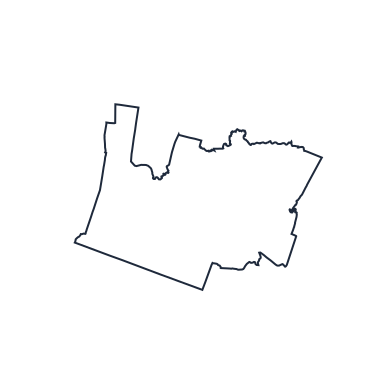 Crevedia Mare, Giurgiu, Romania (orthographic projection), rotated 142°
{"feature_id": "2599482B65943054980402", "entity_name": "Crevedia Mare", "entity_type": "district", "adm_level": 2, "iso_a3": "ROU", "parent_name": "Romania", "parent_adm1": "Giurgiu", "projection": "orthographic", "projection_center": [25.603, 44.429], "detail": "fine", "context": "isolated", "style": "outline", "palette": "slate", "viewbox_px": 384, "rotation_deg": 142, "n_neighbors": 0, "source": "geoboundaries", "source_scale": "gbopen_adm2", "svg_char_len": 5898}
<svg xmlns="http://www.w3.org/2000/svg" viewBox="0 0 384 384"><g transform="rotate(142 192 192)"><path d="M315.5,224.3L303.7,205.1L296.1,192.7L288.8,181.1L267.2,145.7L244.1,108.5L237.0,112.8L221.5,122.5L219.5,123.5L219.1,122.7L218.4,122.1L216.7,120.2L216.4,119.5L216.3,119.1L216.4,118.7L216.4,118.3L215.5,117.0L215.5,116.6L215.6,115.2L216.2,114.5L216.1,114.3L210.1,109.1L209.1,108.2L208.2,107.3L207.4,107.0L206.1,105.6L204.3,103.8L203.8,102.8L203.3,102.2L200.3,100.1L199.0,99.7L197.2,100.2L196.5,100.6L195.7,100.9L193.1,101.6L189.9,101.6L189.6,101.3L189.3,100.1L188.8,99.6L187.5,98.9L186.3,98.8L185.7,98.2L185.6,97.9L185.7,97.6L186.2,96.5L186.3,96.0L186.0,94.7L184.7,93.5L184.3,94.4L183.9,95.4L183.6,95.9L182.7,96.3L181.8,96.5L181.0,97.0L180.5,97.6L179.0,97.6L178.5,97.8L178.0,98.3L177.5,99.3L176.4,102.8L175.5,102.3L175.4,102.2L174.2,98.0L173.5,94.5L172.2,89.8L170.9,83.8L170.4,82.1L169.9,81.3L168.7,80.4L165.7,79.7L165.0,79.4L164.9,79.1L164.9,78.4L164.7,77.6L164.7,76.0L164.4,75.7L163.7,75.7L162.4,76.1L161.7,76.5L137.1,93.0L137.1,93.4L137.3,93.8L139.4,97.7L135.8,99.8L133.3,101.5L132.9,101.6L132.6,102.0L130.0,103.9L129.8,104.3L125.0,108.0L123.3,109.7L123.2,110.1L123.0,110.4L122.2,111.2L122.2,111.5L122.3,111.8L123.1,112.4L123.1,112.5L122.4,112.8L122.2,113.2L121.9,113.6L121.1,114.2L120.9,114.7L121.0,115.2L121.4,115.4L121.9,116.0L122.1,116.2L122.5,116.3L122.7,116.2L122.7,115.3L123.1,114.8L123.4,114.7L123.6,114.5L124.2,114.4L124.6,114.7L124.8,114.8L125.6,114.2L125.8,114.2L126.6,115.2L126.7,115.8L126.6,116.5L126.1,117.9L125.8,118.1L125.6,118.1L125.6,117.6L125.5,117.4L125.0,116.4L124.7,116.1L123.7,116.5L122.3,117.1L119.0,118.0L118.2,118.1L118.2,118.3L117.9,118.7L117.9,118.9L117.5,118.1L115.9,119.1L115.6,119.5L115.4,120.4L114.9,120.7L114.6,120.7L113.8,120.4L113.5,120.4L112.3,120.8L111.2,121.0L109.2,121.8L108.5,122.0L107.8,122.0L106.7,122.3L99.6,125.6L98.0,126.2L97.0,126.8L96.1,127.2L75.2,136.3L68.5,139.2L76.4,152.9L77.4,154.5L78.2,155.3L77.9,155.7L77.8,156.5L76.9,157.9L77.0,159.2L77.8,160.0L78.2,160.1L78.9,160.7L80.8,161.5L80.8,161.8L81.0,161.9L80.3,162.5L81.8,164.0L82.6,165.0L84.6,166.5L84.4,167.8L84.2,168.4L83.9,168.9L82.9,170.0L82.7,170.5L84.1,170.1L84.6,170.4L84.9,171.1L85.1,171.0L85.5,171.3L86.5,171.2L87.1,171.0L87.8,171.0L88.6,171.3L88.8,171.6L89.1,173.3L89.5,173.9L90.5,174.6L92.2,175.1L93.1,175.6L94.7,177.0L94.9,177.5L95.1,178.8L95.3,179.2L95.7,179.7L96.4,180.2L98.6,180.5L99.0,180.8L99.3,181.6L99.2,182.4L99.2,183.2L98.9,183.6L99.0,183.9L100.4,184.2L101.5,184.2L102.6,184.7L103.6,184.8L104.1,185.2L104.2,185.4L104.7,185.8L105.3,187.2L106.3,187.8L107.3,188.1L107.9,188.5L108.3,188.3L108.5,188.4L108.7,188.6L108.7,188.9L109.4,189.4L110.5,190.9L113.6,191.6L113.8,191.7L114.1,192.5L115.3,193.1L116.4,192.8L116.8,192.9L116.9,193.0L117.1,193.5L117.0,194.1L117.3,194.6L117.1,195.3L117.3,196.8L117.0,197.4L117.4,199.2L117.3,199.9L117.9,200.7L118.0,201.2L118.2,201.7L118.0,202.9L117.6,203.4L116.8,204.2L116.4,204.2L116.0,203.7L115.7,203.6L115.5,204.0L115.5,204.6L115.3,204.7L115.0,204.7L114.5,204.5L114.3,204.6L113.4,205.5L113.2,206.1L113.0,206.6L113.4,207.3L112.9,207.6L112.7,207.8L113.9,209.3L114.4,209.5L115.4,209.3L115.6,209.3L115.7,209.7L115.8,210.4L116.0,210.6L116.3,210.7L117.0,210.7L117.1,210.8L117.2,211.1L117.0,212.2L117.5,212.7L117.6,213.5L118.3,213.7L119.6,213.1L120.5,212.5L120.9,213.5L121.7,213.6L122.5,214.0L122.6,214.6L122.6,214.8L123.3,215.0L123.5,215.0L123.9,214.6L124.4,214.7L124.7,214.6L125.0,214.1L124.9,213.3L125.8,213.1L126.7,212.8L126.8,212.6L126.8,212.2L127.3,212.2L127.3,212.5L127.5,212.7L128.0,212.8L128.8,212.0L130.1,210.2L130.6,209.6L130.7,209.4L130.5,208.9L130.7,208.6L132.4,206.8L132.4,206.7L132.2,206.6L132.0,206.0L132.1,205.6L132.4,205.4L133.4,205.5L135.1,205.9L135.5,206.1L135.8,206.7L135.9,207.2L136.2,207.7L136.1,208.2L135.6,208.6L135.6,209.0L135.9,209.6L136.8,210.0L137.1,210.1L137.7,209.9L139.5,208.8L140.1,208.1L140.3,207.7L140.5,207.1L141.2,207.3L148.1,212.6L148.8,211.4L148.9,211.0L149.3,211.9L150.2,213.1L150.6,213.0L151.0,213.1L151.0,212.4L152.1,212.6L152.8,213.2L153.3,213.3L153.2,213.7L153.3,214.1L154.0,214.1L154.1,214.6L154.4,214.7L155.3,215.4L155.6,216.5L155.7,217.4L155.9,218.1L155.9,218.9L157.1,219.7L157.1,219.9L157.2,220.6L157.3,220.8L158.0,221.4L158.1,221.7L157.9,222.0L157.5,222.2L158.0,223.0L157.0,223.9L153.8,226.2L153.0,226.8L157.0,232.2L160.4,236.2L166.7,244.4L167.2,245.1L167.0,245.6L174.3,241.9L176.2,240.7L183.3,235.7L193.1,227.7L193.8,227.5L195.9,227.8L196.3,227.6L196.6,227.1L197.4,224.5L197.4,224.3L197.4,223.4L198.3,223.0L198.5,222.5L198.4,222.1L198.5,221.8L198.8,221.7L199.1,221.7L199.4,222.1L199.3,222.7L199.4,222.8L200.5,223.0L201.6,222.9L201.9,222.3L202.2,222.1L202.5,222.1L202.9,222.2L203.1,222.5L203.1,223.0L202.9,223.7L203.0,223.9L203.3,224.0L203.5,223.9L203.7,223.3L204.5,222.6L205.1,222.7L206.5,223.1L206.9,222.7L206.9,221.7L207.1,221.5L208.4,221.4L209.2,221.4L210.0,222.1L210.3,222.4L210.3,222.7L210.1,223.6L210.4,224.3L210.3,224.8L210.5,225.1L210.7,225.4L211.8,225.8L212.1,225.7L212.9,225.2L213.2,225.1L213.5,225.3L214.2,225.9L214.3,226.6L214.2,227.0L213.9,227.3L213.0,227.8L212.8,228.1L212.1,230.7L211.2,231.9L210.7,233.3L210.0,234.9L209.8,236.2L210.4,239.6L211.6,241.6L215.4,244.7L219.8,246.6L220.9,248.0L221.3,253.6L216.2,259.2L213.4,261.8L205.0,270.0L198.5,276.0L197.4,277.1L193.5,280.9L182.2,291.5L195.5,305.5L198.4,308.3L210.0,293.7L211.0,294.1L214.2,296.9L216.7,299.5L217.6,298.3L225.9,290.7L226.7,289.7L226.9,289.2L227.5,288.7L230.9,283.6L233.3,280.3L233.7,279.4L234.9,277.4L236.1,276.7L235.5,275.7L237.7,273.7L238.1,273.6L239.5,272.4L241.0,270.8L244.8,267.3L246.1,266.2L253.3,259.4L263.4,250.1L270.7,245.4L280.0,239.1L282.6,237.5L287.3,234.3L298.3,227.1L299.0,226.5L300.3,225.8L301.5,224.7L301.9,224.7L302.9,225.9L304.8,226.6L305.5,227.3L306.5,226.8L308.2,226.3L309.7,226.6L311.5,226.5L312.8,226.3L313.4,225.7L314.5,224.8L315.5,224.3Z" fill="none" stroke="#1e293b" stroke-width="2"/></g></svg>